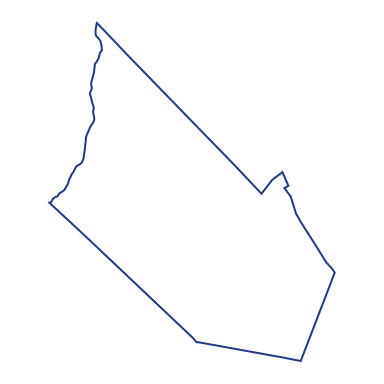 the district of General San Martín, Buenos Aires, Argentina
{"feature_id": "61730980B46018574851610", "entity_name": "General San Martín", "entity_type": "district", "adm_level": 2, "iso_a3": "ARG", "parent_name": "Argentina", "parent_adm1": "Buenos Aires", "projection": "robinson", "projection_center": [-58.585, -34.544], "detail": "fine", "context": "isolated", "style": "outline", "palette": "blue", "viewbox_px": 384, "rotation_deg": 0, "n_neighbors": 0, "source": "geoboundaries", "source_scale": "gbopen_adm2", "svg_char_len": 1548}
<svg xmlns="http://www.w3.org/2000/svg" viewBox="0 0 384 384"><path d="M219.4,149.6L192.4,121.9L180.1,109.2L126.0,53.5L107.6,34.1L96.9,23.0L96.5,24.1L96.3,25.7L95.8,28.5L95.6,30.4L95.5,31.4L95.7,34.2L95.9,35.3L96.4,36.2L96.9,36.7L99.3,39.3L100.5,41.2L100.9,43.5L101.5,45.4L101.9,50.4L100.7,51.7L99.9,53.4L99.6,54.4L98.6,58.2L98.1,59.2L97.0,61.2L94.9,64.0L94.7,64.9L94.7,67.1L94.3,68.7L94.1,71.9L93.4,74.7L93.1,75.7L91.9,80.4L91.4,81.7L91.2,83.9L91.3,85.3L91.7,87.4L91.7,88.5L91.2,90.3L90.7,91.1L89.9,93.5L90.6,96.2L91.2,98.3L92.4,103.3L93.2,105.5L93.4,106.5L93.6,107.2L93.8,108.5L93.1,110.9L93.2,113.4L93.7,114.9L94.3,118.5L94.2,119.5L94.0,121.0L92.6,123.4L91.5,125.1L90.4,126.7L88.4,131.2L87.5,133.3L86.7,135.2L85.9,137.8L85.9,139.7L85.7,141.5L85.3,144.7L84.8,149.4L84.2,153.8L83.7,157.0L83.4,159.1L81.5,163.0L79.6,164.4L76.6,166.1L75.2,168.1L74.6,169.8L73.1,172.5L71.9,173.9L70.4,177.1L69.2,179.5L68.5,181.7L68.0,183.7L65.5,188.1L64.1,190.3L63.0,191.1L61.1,192.3L60.2,192.8L59.1,193.8L58.3,195.1L57.4,196.3L55.8,197.0L55.1,197.2L53.9,198.0L52.6,199.2L51.7,201.2L51.3,202.0L49.3,202.7L83.8,234.7L122.5,271.3L192.1,337.2L193.1,338.2L194.9,340.2L196.5,342.3L197.6,342.1L267.8,354.8L285.1,357.9L288.8,358.7L300.3,360.9L300.7,361.0L304.7,350.7L320.1,310.7L323.3,302.4L328.2,289.7L334.7,272.6L332.3,268.9L326.1,262.2L322.7,256.7L322.5,256.3L310.5,237.2L300.7,221.8L296.0,213.5L290.7,196.5L284.4,188.1L288.4,185.8L282.4,172.1L272.7,179.5L272.2,180.0L261.5,193.7L239.0,169.9L232.5,163.1L219.4,149.6Z" fill="none" stroke="#1e3a8a" stroke-width="2"/></svg>